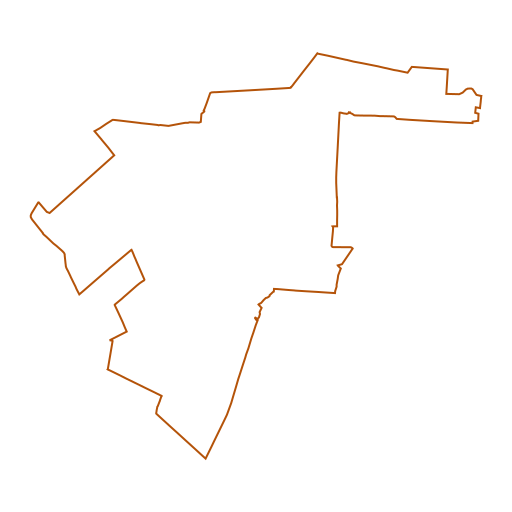 the district of Vulturu, Constanta, Romania
{"feature_id": "2599482B75754291666061", "entity_name": "Vulturu", "entity_type": "district", "adm_level": 2, "iso_a3": "ROU", "parent_name": "Romania", "parent_adm1": "Constanta", "projection": "albers", "projection_center": [28.28, 44.64], "detail": "fine", "context": "isolated", "style": "outline", "palette": "amber", "viewbox_px": 512, "rotation_deg": 0, "n_neighbors": 0, "source": "geoboundaries", "source_scale": "gbopen_adm2", "svg_char_len": 5234}
<svg xmlns="http://www.w3.org/2000/svg" viewBox="0 0 512 512"><path d="M42.7,233.1L43.0,233.7L43.7,234.5L46.5,236.9L51.0,241.2L53.3,243.4L53.7,243.7L53.8,243.8L56.5,245.9L60.8,249.7L61.1,249.9L62.1,250.9L62.6,251.3L63.0,251.8L63.4,252.2L63.6,252.4L63.8,252.6L63.9,252.8L64.1,253.1L64.3,253.4L64.5,253.9L64.6,254.1L64.6,254.4L64.7,254.5L64.7,255.5L65.1,259.3L65.5,263.2L65.7,264.6L65.8,265.7L65.9,266.4L65.9,266.6L66.0,266.8L66.2,267.4L66.3,267.8L66.5,268.2L66.8,268.8L67.1,269.4L67.4,270.0L67.8,270.6L68.1,271.3L68.4,271.9L69.4,274.0L70.4,276.1L70.9,277.3L71.5,278.5L73.7,283.0L75.2,286.0L75.5,286.6L75.8,287.3L76.0,287.9L76.3,288.5L76.5,289.0L76.8,289.6L79.3,294.4L84.2,290.2L91.9,283.5L101.7,275.0L108.4,269.2L108.5,269.1L109.2,268.4L115.7,263.0L123.2,256.7L131.3,249.9L131.5,249.8L132.6,252.1L133.5,254.3L134.4,256.6L135.4,258.8L136.3,261.0L136.9,262.4L144.2,279.1L144.3,279.3L144.4,279.6L144.3,279.9L144.3,280.0L144.2,280.2L144.1,280.3L143.9,280.5L143.0,281.0L142.1,281.6L141.2,282.2L140.3,282.8L139.4,283.5L138.6,284.1L137.8,284.8L136.9,285.5L126.2,294.9L124.1,296.7L121.8,298.8L114.8,304.6L114.7,304.7L114.7,304.8L114.7,305.0L118.1,312.2L122.8,322.4L123.0,322.9L124.8,327.3L126.7,331.6L109.6,340.3L109.8,340.3L110.3,340.3L110.7,340.4L111.2,340.5L111.8,340.6L112.0,340.6L112.4,340.8L112.5,340.8L112.6,341.0L110.2,355.2L107.8,369.3L107.7,369.4L108.0,369.6L109.6,370.3L113.7,372.3L119.0,374.9L126.3,378.6L133.7,382.2L145.9,388.2L152.5,391.4L161.0,395.6L161.5,395.8L161.7,396.0L161.5,396.3L161.4,396.5L161.2,396.7L161.2,396.9L160.4,399.1L160.0,400.3L159.8,401.1L159.7,401.2L158.0,405.6L157.9,405.8L157.8,406.1L157.7,406.3L157.5,406.5L157.4,406.7L157.3,406.9L157.2,407.1L157.2,407.4L157.2,407.5L156.8,409.5L156.6,410.5L156.5,411.5L156.3,412.5L156.2,413.5L156.3,413.7L162.4,419.3L170.4,426.6L173.5,429.4L179.9,435.2L185.7,440.5L193.2,447.3L200.3,453.8L205.6,458.6L211.6,446.4L213.8,441.8L220.2,428.7L223.9,421.1L226.4,415.9L227.0,414.6L229.0,409.1L231.2,403.1L233.1,396.6L235.9,387.2L238.3,378.9L239.6,375.0L242.9,364.8L245.3,357.5L245.7,356.1L246.1,354.6L246.5,353.5L248.4,348.3L249.3,345.3L251.3,338.6L252.6,334.8L253.2,333.1L255.8,325.1L257.6,320.4L257.3,320.4L257.0,320.3L256.6,320.1L256.4,319.9L256.0,319.6L255.8,319.4L255.8,319.2L255.7,318.7L255.1,318.2L255.1,317.9L255.2,317.7L255.4,317.6L255.8,317.8L256.4,318.6L256.6,318.7L257.2,318.7L257.7,318.5L258.2,318.1L258.9,317.5L260.0,314.0L259.6,312.1L261.4,308.3L261.6,307.9L261.4,307.7L258.5,304.5L258.6,304.4L259.6,303.7L260.6,303.3L261.3,302.8L263.5,300.2L265.8,298.0L267.3,297.6L268.2,297.1L269.4,296.2L269.6,295.9L269.7,295.1L273.1,291.9L273.8,291.6L274.0,288.9L277.9,289.1L288.5,290.0L294.0,290.4L295.6,290.6L306.5,291.3L318.5,292.0L322.8,292.3L335.0,293.1L335.2,291.0L335.8,289.2L336.6,286.7L336.6,284.7L337.7,278.9L338.2,275.3L340.8,268.5L338.2,266.0L337.8,265.4L342.0,264.2L350.8,251.3L352.2,249.2L352.7,248.6L352.6,248.4L352.3,248.1L352.0,247.9L351.6,247.6L351.2,247.4L350.9,247.3L350.5,247.2L349.9,247.2L344.1,247.2L335.1,247.1L333.1,247.1L332.5,247.0L332.1,246.7L331.9,246.5L331.7,246.2L331.6,245.8L331.5,245.4L331.6,244.9L331.9,241.8L332.4,236.5L332.9,231.4L333.1,228.0L333.1,227.4L332.9,226.8L332.6,226.4L333.3,226.3L337.1,226.3L337.1,221.5L337.1,220.0L337.2,214.8L337.2,210.8L337.0,205.4L337.2,201.8L337.0,197.3L336.8,197.3L336.2,182.9L336.2,177.3L336.4,171.7L337.8,145.5L337.8,145.4L339.0,122.4L339.6,112.7L340.2,112.6L341.5,112.8L342.1,113.0L342.9,113.2L343.7,113.4L346.0,113.7L346.8,113.9L347.4,113.6L347.9,113.4L348.2,113.3L348.8,113.1L348.9,112.6L349.2,112.8L349.8,112.4L349.9,112.7L350.2,112.9L350.6,113.1L351.0,113.3L351.6,113.6L352.3,113.9L352.9,114.3L354.0,115.1L354.5,115.3L355.2,115.4L359.3,115.5L365.0,115.6L367.6,115.6L370.1,115.6L375.0,115.7L379.7,116.1L386.0,116.2L393.9,116.4L395.0,117.0L395.6,117.6L396.7,118.9L409.4,119.8L421.2,120.5L433.1,121.2L447.5,122.0L456.7,122.5L472.5,123.1L472.6,121.6L475.4,121.2L478.2,120.8L478.5,113.7L475.2,112.8L475.8,107.3L480.0,108.1L480.0,107.9L480.7,101.9L480.9,99.5L481.1,98.1L481.2,96.6L481.3,96.0L481.1,96.0L480.6,95.8L479.8,95.7L479.6,95.6L478.6,95.4L476.5,94.9L475.4,93.3L472.6,89.2L471.2,88.5L467.8,88.6L465.9,89.5L462.7,92.6L459.2,94.2L446.3,93.9L446.7,87.9L447.8,69.5L415.1,67.1L411.8,66.9L407.6,72.7L397.6,70.6L393.9,70.0L386.7,68.3L385.1,68.0L379.9,66.8L378.3,66.4L362.2,63.2L353.6,61.6L346.8,59.9L346.0,59.8L327.8,55.7L319.0,53.9L318.2,53.7L317.5,53.6L317.3,53.4L314.0,57.8L309.6,63.5L303.7,71.0L297.9,78.5L293.7,83.9L293.7,84.0L291.0,87.4L290.8,87.3L290.7,87.5L290.2,87.9L275.9,88.8L249.8,90.3L215.9,92.2L214.3,92.2L211.6,92.4L210.3,93.0L210.0,93.6L206.8,102.8L204.7,108.4L203.7,110.6L204.3,111.1L204.3,111.5L204.1,111.7L202.9,112.7L201.6,113.7L201.4,114.0L201.2,116.6L200.8,121.9L199.0,122.6L189.5,122.3L188.0,122.8L185.2,122.8L182.3,123.3L168.5,125.9L160.3,125.0L158.4,125.3L157.8,125.0L151.0,124.2L140.4,123.1L140.2,123.0L122.6,120.9L114.8,120.0L113.6,119.9L112.6,119.9L112.2,120.1L111.6,120.5L106.2,123.9L100.2,128.0L94.5,131.2L101.6,139.6L101.7,139.8L108.4,147.8L111.7,152.1L114.2,155.3L105.6,163.0L49.6,213.0L46.8,211.9L38.7,202.4L38.2,202.5L34.9,207.9L31.6,213.3L31.0,214.7L30.7,215.8L30.8,217.2L32.0,219.4L38.5,227.6L42.8,233.0L42.7,233.1Z" fill="none" stroke="#b45309" stroke-width="2"/></svg>